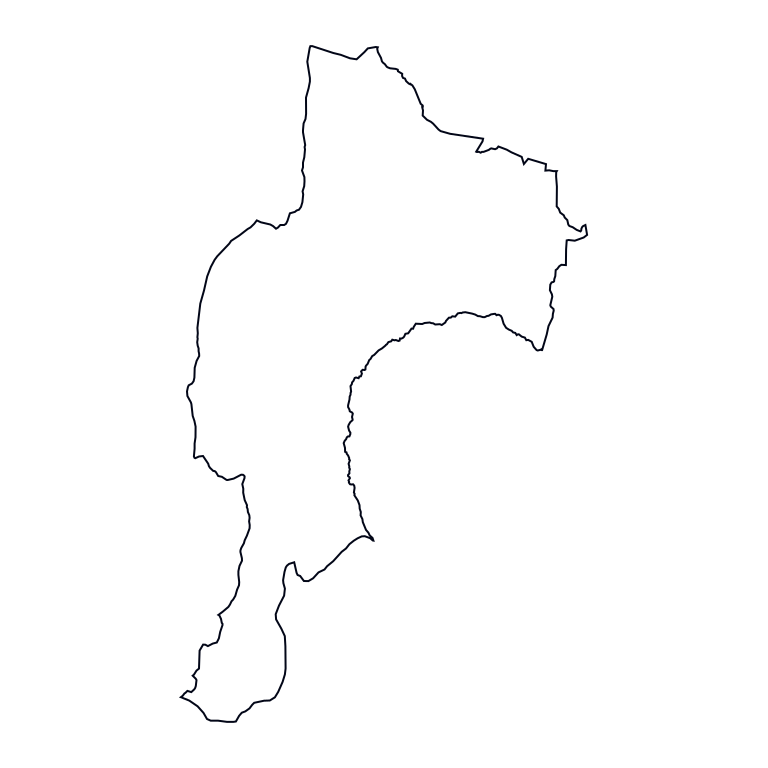 the district of Chipaque, Cundinamarca, Colombia
{"feature_id": "7082276B56609677726929", "entity_name": "Chipaque", "entity_type": "district", "adm_level": 2, "iso_a3": "COL", "parent_name": "Colombia", "parent_adm1": "Cundinamarca", "projection": "natural_earth1", "projection_center": [-74.063, 4.408], "detail": "fine", "context": "isolated", "style": "outline", "palette": "ink", "viewbox_px": 768, "rotation_deg": 0, "n_neighbors": 0, "source": "geoboundaries", "source_scale": "gbopen_adm2", "svg_char_len": 6088}
<svg xmlns="http://www.w3.org/2000/svg" viewBox="0 0 768 768"><path d="M377.8,47.3L375.8,47.0L367.8,48.4L364.4,52.1L356.6,59.3L350.0,58.3L340.7,54.8L333.3,53.0L312.2,46.1L310.4,46.1L309.7,47.9L307.3,61.7L309.9,78.0L309.9,81.6L308.6,88.2L306.0,97.6L306.1,113.8L305.5,119.0L303.6,123.4L303.0,130.2L303.0,132.3L305.2,145.1L304.6,147.0L305.0,149.4L304.3,157.2L303.0,162.6L303.0,167.3L302.0,170.5L304.4,177.1L304.5,181.4L304.2,186.2L302.6,191.3L303.2,194.5L302.4,202.2L301.0,206.9L299.0,209.7L296.6,210.5L294.9,211.9L289.9,213.3L287.5,220.8L286.0,223.8L284.2,225.0L280.3,225.0L277.9,227.6L276.0,228.7L273.1,226.1L270.3,224.5L260.9,222.3L256.8,220.4L254.2,223.8L250.5,227.4L247.7,229.0L239.3,235.5L231.1,240.9L229.2,243.7L217.3,256.2L214.7,259.7L210.9,266.8L207.2,276.4L204.0,290.5L200.3,303.6L197.4,327.9L197.8,333.3L197.4,337.2L197.7,338.7L197.2,342.2L197.7,345.7L198.6,348.4L198.6,351.2L199.1,353.6L199.2,356.0L196.6,360.9L194.7,367.8L194.4,377.6L193.6,381.2L191.9,383.6L188.7,385.3L187.9,387.2L187.0,391.4L187.4,396.0L190.9,402.4L191.4,404.1L192.7,415.9L194.4,420.9L195.6,426.6L195.5,437.3L194.6,443.5L194.6,448.7L193.9,456.4L194.5,457.8L195.3,458.2L199.0,456.5L203.0,456.0L208.2,463.7L208.9,466.1L210.0,467.8L213.2,470.9L214.7,471.1L215.9,472.1L218.2,476.0L221.9,476.8L226.5,479.9L227.7,480.0L233.7,478.6L241.2,474.7L243.0,474.8L244.2,475.7L244.6,476.4L244.5,478.1L242.3,484.1L243.3,488.8L243.2,492.7L244.7,500.1L247.0,505.2L246.8,507.1L247.6,509.0L247.9,512.0L249.3,515.2L249.6,517.9L249.1,521.4L249.7,525.0L249.6,528.3L246.9,535.7L244.7,540.3L243.9,543.3L241.3,547.9L240.5,550.2L240.4,551.9L241.9,558.2L242.0,560.7L239.5,565.9L238.4,571.2L238.4,574.9L239.2,582.1L239.0,585.3L237.1,589.6L235.3,595.9L233.1,599.6L231.5,601.3L230.0,604.5L228.4,606.9L222.6,611.8L218.4,614.9L219.4,615.5L221.0,618.9L221.8,622.9L222.5,623.8L222.5,625.1L220.2,631.9L218.9,638.3L216.8,642.5L212.7,643.6L207.9,646.1L205.3,644.7L203.1,644.6L199.6,650.6L199.0,668.6L196.5,670.6L193.9,674.7L192.7,675.7L195.8,678.8L196.5,680.1L195.8,686.0L195.2,687.9L194.3,689.3L191.3,692.1L187.4,690.9L185.4,692.9L184.5,693.4L182.7,695.8L180.9,697.2L189.3,700.6L197.6,706.3L203.5,712.9L207.0,719.0L210.8,720.7L218.3,720.7L227.2,721.9L233.2,721.9L235.9,721.5L239.2,715.7L241.8,712.7L245.3,711.4L249.5,708.4L252.2,704.8L254.2,702.8L264.1,700.7L269.8,700.5L274.9,697.3L278.2,691.9L282.6,681.9L284.9,674.4L285.6,668.5L285.4,646.3L284.8,636.1L281.3,628.6L276.1,619.4L275.7,614.2L279.0,605.6L284.1,595.7L284.9,588.6L283.4,583.2L283.1,580.2L284.5,571.9L285.8,567.4L287.0,565.6L289.1,563.9L294.2,562.3L296.6,572.9L297.6,575.0L300.2,576.0L303.9,581.0L308.4,581.1L313.1,578.3L318.5,572.4L324.5,569.5L327.1,566.2L333.2,561.2L341.7,551.8L346.0,548.5L349.4,544.2L353.8,540.7L357.6,538.3L361.7,536.4L364.8,536.2L370.2,538.2L372.8,540.5L373.4,540.6L372.5,537.9L369.7,535.4L368.4,532.7L366.0,529.9L362.8,522.1L362.4,519.1L360.6,515.4L360.8,512.0L359.7,508.7L359.5,505.1L357.8,500.5L354.4,495.3L354.6,493.8L353.9,492.5L354.6,487.9L354.2,485.6L353.1,484.3L351.1,484.5L350.0,484.2L348.9,482.6L349.1,481.8L348.5,480.4L349.9,478.2L349.7,477.4L348.1,476.1L348.0,475.1L349.4,473.4L349.3,471.3L349.9,469.1L349.2,467.7L349.3,466.3L348.6,463.8L349.9,460.3L349.1,459.3L349.2,458.1L348.1,455.5L346.7,453.7L346.5,452.4L345.1,451.8L345.0,447.9L343.7,443.1L344.7,440.8L346.1,439.2L346.8,437.4L347.8,436.5L349.4,436.4L350.3,434.2L350.4,432.7L349.1,430.6L348.1,426.7L348.7,424.8L350.3,422.1L352.5,420.2L352.6,419.4L352.0,417.0L352.8,413.7L352.2,412.6L349.8,411.3L349.4,409.5L348.1,407.1L348.1,405.3L349.5,399.5L349.7,396.5L350.5,394.8L350.6,392.8L351.1,391.7L350.5,386.1L351.8,384.2L352.1,382.4L353.5,380.8L354.7,378.0L356.0,377.5L358.6,378.2L359.4,376.5L360.9,376.3L361.9,373.6L361.1,371.4L362.6,369.8L364.6,370.0L365.4,369.5L365.6,366.5L366.1,365.6L367.7,363.8L369.2,360.1L370.5,359.0L372.2,356.1L374.2,354.9L378.6,350.4L382.0,348.4L385.4,345.6L385.9,344.9L386.9,344.3L388.4,342.1L391.2,341.3L392.3,339.7L394.5,340.3L395.8,340.0L398.4,341.0L399.6,340.6L400.0,338.5L401.4,338.6L403.0,337.8L404.1,336.7L405.4,333.8L408.2,333.3L411.5,328.6L413.1,328.7L413.8,326.8L415.8,323.7L422.2,324.0L424.6,323.0L429.8,322.5L431.2,323.1L433.2,323.3L435.2,324.5L439.8,324.2L441.8,325.0L445.3,322.5L446.0,320.9L448.9,317.7L450.8,317.6L452.3,316.3L455.2,316.6L457.8,313.4L460.2,312.9L461.5,313.1L462.6,312.5L465.3,312.2L472.1,313.6L475.3,314.6L477.9,316.1L479.9,316.2L482.8,317.1L484.8,317.1L487.0,316.0L488.6,315.8L491.0,314.4L494.1,313.9L495.3,313.9L496.5,315.2L498.0,314.7L499.1,314.9L500.9,316.0L501.9,317.8L503.6,323.7L506.1,327.8L508.9,329.6L511.7,330.8L513.1,332.4L515.3,332.9L516.7,335.1L517.7,334.4L518.8,334.3L521.7,336.6L524.9,337.6L526.3,340.2L528.2,339.9L531.7,341.8L533.7,346.8L536.6,350.1L537.8,350.5L540.4,349.8L541.3,350.0L541.5,349.4L542.2,349.8L546.7,334.5L548.5,326.1L552.6,317.6L552.9,313.8L553.7,310.7L553.5,309.0L550.8,306.6L550.3,305.2L552.3,296.7L551.9,294.3L549.9,290.2L550.3,284.6L551.6,282.4L553.5,281.9L554.1,281.3L554.3,279.1L555.3,276.1L555.7,270.1L557.3,268.9L559.3,266.2L561.4,264.8L565.9,265.1L566.1,249.3L566.7,240.4L568.6,240.0L574.8,240.7L583.7,237.5L587.1,234.9L585.4,225.0L583.1,226.1L582.2,227.0L581.4,228.7L581.2,230.5L580.5,231.4L576.7,229.9L572.7,227.2L569.4,226.0L568.3,224.6L567.3,220.1L564.7,217.5L563.8,215.3L560.2,212.6L558.8,208.9L556.7,206.4L556.9,186.6L556.1,176.5L556.2,172.2L556.8,171.1L553.2,171.1L549.2,170.3L545.4,170.6L546.0,164.1L528.2,158.8L523.9,164.0L521.7,156.9L511.4,152.3L506.8,149.7L498.4,146.5L496.9,148.4L495.1,149.2L491.3,148.4L490.4,148.7L488.8,149.9L483.5,151.9L481.9,151.9L480.7,152.7L478.8,151.8L476.9,152.0L476.2,151.7L482.5,141.4L483.1,138.7L450.1,133.8L440.6,131.1L438.5,129.5L433.1,123.6L430.9,121.8L427.0,119.8L422.7,115.6L423.0,110.4L422.2,107.2L422.2,106.7L422.8,106.6L422.7,105.5L420.7,103.8L414.8,89.3L412.4,85.4L410.4,83.9L410.2,84.3L408.8,83.6L406.1,81.1L405.0,78.6L403.0,77.9L402.1,76.0L402.2,73.8L398.0,71.3L397.8,69.7L395.7,68.9L390.1,68.3L388.0,67.5L386.8,66.8L384.9,64.2L382.8,62.5L381.9,61.2L381.0,57.9L377.9,52.1L377.2,48.8L377.8,47.3Z" fill="none" stroke="#020617" stroke-width="2"/></svg>